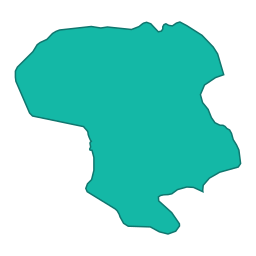 Zanjan, orthographic projection
{"feature_id": "IRN-3234", "entity_name": "Zanjan", "entity_type": "Province", "adm_level": 1, "iso_a3": "IRN", "parent_name": "Iran", "parent_adm1": "", "projection": "orthographic", "projection_center": [48.438, 36.394], "detail": "fine", "context": "isolated", "style": "filled", "palette": "teal", "viewbox_px": 256, "rotation_deg": 0, "n_neighbors": 0, "source": "natural_earth", "source_scale": "10m", "svg_char_len": 1328}
<svg xmlns="http://www.w3.org/2000/svg" viewBox="0 0 256 256"><path d="M186.7,25.6L202.0,35.3L213.2,47.0L217.6,53.9L223.7,74.7L215.5,77.6L204.5,85.0L200.4,94.6L202.6,102.6L208.1,109.4L211.4,117.6L214.9,122.7L219.9,125.2L223.0,125.3L225.0,126.4L226.9,128.5L229.6,130.0L231.5,133.4L233.2,139.6L236.5,144.9L238.9,150.1L240.6,163.5L238.3,167.0L219.7,172.2L209.4,178.1L203.2,185.3L202.7,190.3L202.9,191.7L193.5,187.4L186.8,187.0L177.5,189.6L171.8,193.8L168.1,194.6L163.7,194.8L160.5,195.5L158.4,196.9L158.7,200.9L171.7,212.6L179.4,223.8L179.5,226.0L175.7,231.2L168.0,234.0L159.3,231.8L150.3,226.9L128.2,226.2L123.6,223.3L120.1,217.0L119.2,214.3L117.2,210.8L115.3,209.0L87.2,191.7L85.8,188.4L87.5,183.8L91.6,179.6L93.9,170.3L93.9,157.5L92.0,150.3L90.3,150.1L89.9,149.9L89.7,149.0L90.1,148.2L90.5,147.4L90.6,146.5L90.0,143.4L90.2,142.3L91.3,141.3L90.3,139.9L89.2,137.4L88.2,134.6L87.9,132.1L87.2,130.8L84.0,127.2L83.6,126.6L32.5,116.0L29.6,113.0L15.9,81.3L15.4,77.2L15.4,71.1L17.4,67.1L32.9,51.7L37.2,44.7L40.2,42.5L46.9,39.4L52.5,33.5L56.0,31.4L59.6,30.0L91.3,26.5L100.8,28.0L107.4,27.0L131.5,29.5L139.0,26.6L142.5,23.8L143.7,23.1L146.6,22.3L150.8,23.8L158.3,31.8L161.4,31.1L162.8,28.9L162.8,26.7L164.0,24.6L165.9,23.8L168.8,25.4L172.4,25.9L176.4,23.1L179.9,22.0L186.7,25.6Z" fill="#14b8a6" stroke="#0f766e" stroke-width="1.5"/></svg>